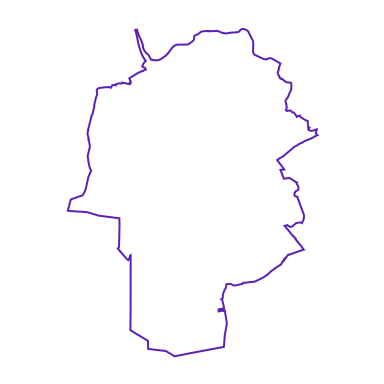 the district of Vught, Noord-Brabant, Netherlands, rotated 272°
{"feature_id": "6326949B95896723363367", "entity_name": "Vught", "entity_type": "district", "adm_level": 2, "iso_a3": "NLD", "parent_name": "Netherlands", "parent_adm1": "Noord-Brabant", "projection": "orthographic", "projection_center": [5.254, 51.651], "detail": "fine", "context": "isolated", "style": "outline", "palette": "violet", "viewbox_px": 384, "rotation_deg": 272, "n_neighbors": 0, "source": "geoboundaries", "source_scale": "gbopen_adm2", "svg_char_len": 5847}
<svg xmlns="http://www.w3.org/2000/svg" viewBox="0 0 384 384"><g transform="rotate(272 192 192)"><path d="M345.4,247.5L354.3,242.6L354.7,242.3L355.2,241.7L355.9,240.6L356.7,237.9L356.8,237.6L356.7,236.5L356.6,236.2L356.2,235.4L355.5,234.7L354.1,233.5L353.5,232.7L353.1,230.1L352.5,224.3L352.2,223.4L351.8,221.4L351.7,220.4L351.7,219.1L352.0,218.1L352.1,217.5L351.9,217.2L353.6,212.8L353.9,211.7L353.6,208.9L353.2,202.9L353.6,202.8L353.0,197.9L352.7,196.1L352.5,195.6L352.2,195.1L350.2,192.8L349.4,191.4L348.4,189.1L348.2,188.9L347.8,188.8L344.7,188.7L344.2,188.5L343.5,188.2L343.3,188.0L339.7,183.5L339.4,183.0L339.3,182.6L339.2,181.6L338.9,176.0L338.8,172.9L338.7,172.2L338.5,171.4L338.0,170.2L337.7,169.6L337.1,168.7L336.4,168.0L335.6,167.3L334.2,166.3L333.7,165.9L329.3,162.8L327.8,161.4L327.3,160.8L327.1,160.7L324.0,156.6L323.4,155.7L323.3,155.2L322.7,153.8L322.4,152.2L322.3,151.5L322.7,146.6L327.3,143.8L327.8,143.4L329.3,141.3L331.4,139.7L333.4,138.4L334.6,138.2L334.8,138.0L337.0,137.7L337.2,137.8L337.3,137.7L337.2,137.6L338.6,137.2L340.0,136.7L342.7,135.5L345.5,134.0L346.8,133.4L352.4,131.2L351.9,129.6L348.9,130.6L347.6,131.0L338.6,133.2L335.8,134.0L331.7,135.4L329.0,136.5L326.4,137.8L325.2,138.5L322.7,140.1L322.8,140.2L321.2,141.3L320.3,140.2L319.6,139.6L318.2,138.8L316.0,137.9L315.5,138.1L314.3,140.8L314.1,141.0L312.7,141.5L311.4,138.4L311.2,138.5L310.6,136.9L310.1,135.8L309.5,134.6L308.2,132.5L303.4,125.4L302.1,126.0L301.6,126.2L301.0,126.2L300.7,126.5L300.4,126.9L299.6,127.1L299.6,126.8L299.5,126.7L299.1,126.5L298.8,126.5L298.6,125.8L297.8,126.1L298.0,125.3L297.7,124.5L297.8,124.3L298.5,121.0L298.7,119.6L298.8,118.2L298.0,118.1L298.0,114.8L297.6,114.0L297.1,112.7L296.9,111.8L296.0,111.9L296.1,111.4L296.0,108.7L294.8,108.1L293.3,107.1L293.6,106.8L293.8,106.3L293.9,105.8L293.9,105.2L293.7,101.9L293.1,98.1L292.8,96.6L292.6,95.3L292.2,94.6L291.1,93.4L290.8,93.3L290.4,93.3L287.2,93.7L286.0,93.7L284.9,93.4L283.0,92.7L281.1,92.4L276.0,91.3L275.4,91.2L275.1,91.2L274.8,91.4L274.4,91.5L266.0,89.7L265.7,89.6L264.4,88.7L264.0,88.9L250.3,85.9L250.2,86.2L246.9,85.5L245.7,85.7L242.8,86.6L242.0,86.6L241.0,87.1L240.7,86.6L239.4,87.1L238.3,87.5L234.8,88.2L233.9,88.3L233.2,88.3L232.5,88.2L225.2,86.6L224.1,86.5L223.6,86.6L218.4,87.5L213.3,88.8L211.7,89.4L209.9,90.5L207.2,89.4L203.3,87.9L196.8,86.7L193.2,86.1L191.5,85.7L189.3,85.0L185.0,83.0L180.3,71.1L169.0,68.6L168.7,69.8L168.4,82.7L168.2,87.7L168.1,88.3L165.1,99.6L163.2,120.3L156.9,120.7L135.4,121.0L135.0,121.0L134.4,120.9L134.0,120.7L133.7,120.5L133.0,119.8L132.7,120.1L129.9,122.4L130.0,122.5L122.3,129.5L122.1,129.8L121.8,130.4L121.7,130.6L123.9,131.9L125.8,132.2L126.4,132.4L126.7,132.9L67.4,134.9L62.0,135.0L51.7,135.3L49.7,138.8L41.7,153.2L33.6,153.7L32.2,171.3L27.2,180.3L31.2,197.4L38.3,229.3L50.5,229.8L60.0,231.2L62.0,231.4L66.9,230.5L74.6,228.9L74.3,227.7L74.6,227.6L74.5,227.0L73.6,222.7L74.8,222.7L75.6,222.6L76.8,228.2L80.1,227.4L84.3,226.2L85.6,225.7L85.8,225.1L86.2,225.4L86.6,226.3L89.9,226.5L91.1,226.6L94.7,227.7L95.4,228.0L96.5,228.7L97.1,229.0L97.9,229.2L101.0,229.6L101.1,229.8L101.1,230.0L101.5,232.4L101.4,233.8L101.3,234.4L100.6,235.6L100.2,236.5L100.0,237.1L100.0,237.8L101.6,244.5L101.8,245.6L102.2,245.7L103.6,246.3L103.4,246.3L103.1,246.8L103.0,247.3L103.4,249.2L103.4,249.9L103.5,250.5L103.7,251.5L104.4,256.1L104.3,256.3L104.6,257.5L104.7,258.0L108.3,264.9L108.7,265.6L109.0,266.2L112.2,270.5L115.8,274.0L118.0,277.1L118.4,277.6L118.5,277.5L119.9,279.3L121.7,282.1L122.6,283.3L123.3,283.8L126.1,285.4L126.8,285.8L126.6,285.8L128.4,287.2L128.1,287.2L130.9,289.1L131.1,289.2L132.7,290.3L132.8,290.7L132.6,291.0L137.9,304.4L138.2,305.3L138.3,305.7L142.4,302.5L143.7,301.2L146.9,298.5L146.9,298.4L148.3,297.2L148.5,297.0L148.8,297.3L151.2,295.3L151.3,295.1L151.1,294.8L161.4,285.8L161.9,287.5L162.3,288.3L161.1,290.2L160.6,291.1L160.6,291.8L160.7,292.4L161.0,293.1L161.7,294.1L163.9,296.4L164.2,296.8L164.5,297.0L165.2,300.3L165.3,301.6L165.3,302.3L164.8,303.0L168.4,304.5L169.1,304.5L170.8,304.8L172.9,304.7L190.2,297.6L190.6,297.7L190.9,297.3L191.2,296.8L191.3,296.4L191.3,296.5L191.5,294.9L192.8,294.4L193.5,294.4L193.9,294.5L195.3,295.0L196.1,295.4L196.5,295.7L197.1,297.0L197.3,297.4L197.7,297.9L198.0,298.0L198.7,298.2L200.2,298.3L201.0,298.1L204.3,296.2L204.9,296.3L205.2,295.8L205.9,294.9L205.9,295.0L209.4,289.0L208.5,283.2L209.7,282.8L217.2,279.6L217.7,283.4L226.9,276.0L228.8,278.6L230.7,281.5L231.5,282.6L240.7,292.6L242.3,295.5L244.1,297.9L245.1,300.4L246.9,302.9L247.2,303.5L249.6,309.2L250.6,310.9L252.1,313.3L252.9,314.7L253.2,315.4L254.8,314.0L255.0,313.6L255.5,313.6L255.8,313.6L257.7,314.3L259.0,314.5L257.3,310.0L257.2,309.4L257.6,307.6L257.9,306.8L258.3,306.1L258.8,306.1L260.3,307.0L260.3,305.9L262.5,305.7L267.1,305.1L267.6,303.3L268.7,301.2L270.6,298.0L270.8,297.8L271.5,297.4L271.8,297.2L272.1,297.1L272.0,296.6L271.8,295.8L271.5,295.1L271.1,294.8L271.2,294.6L270.8,294.2L274.9,291.2L275.0,291.0L275.0,290.9L275.0,289.8L275.0,289.6L275.5,289.0L276.4,287.9L276.9,287.6L276.5,284.5L276.3,284.4L276.9,283.0L279.5,283.8L283.5,283.1L283.5,282.9L284.1,282.9L285.1,282.5L286.3,282.3L287.6,282.7L289.5,284.2L290.5,284.7L292.0,285.3L293.2,285.6L297.0,287.4L298.0,287.5L301.5,287.7L303.0,287.4L303.8,287.3L304.4,287.4L304.5,287.2L304.7,286.9L304.9,283.4L304.9,283.0L305.0,282.7L306.0,280.9L306.5,280.1L307.4,279.3L307.5,279.0L308.1,277.2L308.4,276.5L308.7,276.2L308.8,276.4L309.0,275.8L310.5,275.3L310.4,275.1L312.4,274.1L313.4,273.8L314.2,273.4L317.5,274.5L317.8,274.4L318.2,274.2L323.5,275.9L328.1,267.3L328.3,266.7L328.4,266.3L328.5,265.7L328.5,265.2L328.4,264.9L328.3,264.3L327.4,262.4L327.1,261.3L327.0,260.9L327.1,260.1L327.8,258.0L331.2,250.1L331.5,249.5L332.1,248.9L333.4,248.4L334.0,248.2L336.5,248.1L338.3,248.1L342.2,248.1L343.8,247.9L344.7,247.7L345.4,247.5Z" fill="none" stroke="#5b21b6" stroke-width="2"/></g></svg>